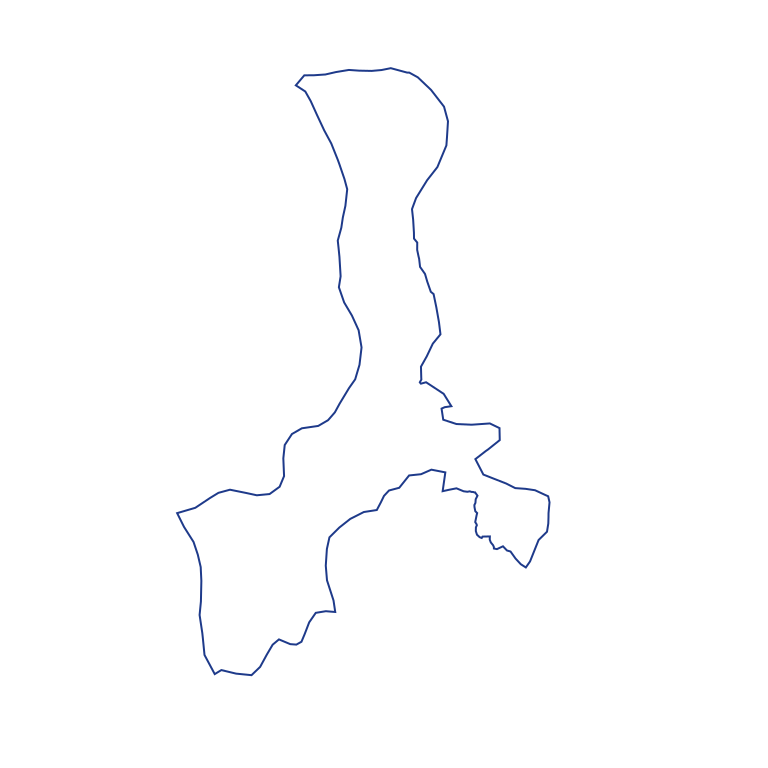 Ughelli North, Delta, Nigeria (Robinson projection), rotated 189°
{"feature_id": "59680162B70966513794539", "entity_name": "Ughelli North", "entity_type": "district", "adm_level": 2, "iso_a3": "NGA", "parent_name": "Nigeria", "parent_adm1": "Delta", "projection": "robinson", "projection_center": [6.018, 5.482], "detail": "fine", "context": "isolated", "style": "outline", "palette": "blue", "viewbox_px": 768, "rotation_deg": 189, "n_neighbors": 0, "source": "geoboundaries", "source_scale": "gbopen_adm2", "svg_char_len": 2751}
<svg xmlns="http://www.w3.org/2000/svg" viewBox="0 0 768 768"><g transform="rotate(189 384 384)"><path d="M426.7,697.0L435.6,693.7L445.2,691.3L457.6,689.6L467.8,688.7L480.2,684.6L490.4,680.5L492.7,680.0L501.4,678.0L511.0,676.4L517.8,665.2L507.5,660.6L500.6,651.9L492.3,639.3L482.7,625.1L473.7,613.3L464.6,598.0L462.5,594.2L455.1,580.2L450.8,570.6L450.0,553.9L450.7,542.0L450.6,531.7L452.1,518.4L450.2,511.4L447.9,502.6L443.7,483.6L443.7,472.5L436.1,458.3L426.4,446.6L420.3,437.4L418.2,434.2L417.5,433.2L411.9,416.6L411.2,399.1L412.0,393.2L413.2,384.1L417.9,374.5L424.7,357.8L428.1,348.3L432.2,341.7L433.6,339.5L442.4,332.3L458.2,327.4L467.1,320.2L472.5,308.2L471.8,294.8L468.3,277.4L471.0,266.2L479.8,257.4L489.1,255.0L492.2,254.2L503.1,254.8L519.6,255.5L524.5,253.3L530.5,250.6L538.0,244.2L551.0,232.2L568.1,224.1L561.9,215.4L559.1,211.5L547.4,198.2L541.2,186.3L536.4,174.5L533.6,161.0L530.8,140.5L530.0,127.0L524.5,109.6L523.1,104.4L518.9,88.3L505.8,71.0L499.9,76.0L484.8,74.8L469.3,75.7L462.1,85.2L457.4,98.4L453.2,109.1L447.8,115.3L435.9,112.4L429.8,112.9L425.2,116.5L423.2,124.7L420.6,136.9L415.6,147.3L405.9,150.5L401.6,150.8L396.5,151.2L400.0,162.3L409.6,181.2L413.1,195.5L414.6,212.1L414.5,213.8L413.9,224.0L405.7,235.2L396.2,245.5L391.2,249.1L383.9,254.4L371.4,258.4L368.6,266.6L366.5,273.5L362.4,279.6L352.7,283.9L344.9,297.6L333.3,300.7L323.8,306.8L309.6,306.3L309.3,287.3L303.2,289.7L296.1,292.3L288.6,290.5L284.8,290.6L282.5,291.4L280.7,291.1L279.0,291.3L277.6,291.0L277.1,291.2L274.2,288.3L275.4,284.5L275.1,280.9L275.8,278.6L275.4,276.7L274.8,275.0L273.9,272.6L272.9,271.9L271.8,271.1L272.0,269.1L272.3,261.9L270.6,259.9L270.2,259.0L270.8,256.8L270.3,253.1L268.6,249.7L265.6,247.7L263.4,247.2L262.8,248.7L255.6,250.0L255.2,246.8L253.7,244.2L251.0,241.8L250.0,240.2L249.7,238.7L246.6,238.6L241.1,242.3L236.5,238.8L233.2,238.4L232.8,238.3L226.8,232.2L220.7,227.4L215.2,225.0L212.0,231.6L206.9,254.1L199.9,263.6L199.9,271.9L200.7,278.2L201.3,282.2L202.0,293.0L204.3,298.8L207.3,299.6L218.2,302.7L227.8,302.6L238.1,301.7L247.7,304.8L261.4,307.8L271.7,310.1L282.0,324.1L273.1,333.6L271.1,335.5L260.9,346.7L262.7,356.7L263.0,358.5L273.3,361.6L288.0,358.2L291.1,357.5L306.2,355.8L319.9,358.0L323.3,368.7L320.4,370.6L314.0,372.6L323.5,383.6L342.7,392.3L347.6,390.1L347.9,390.3L348.9,391.3L347.8,394.2L348.2,396.1L350.2,406.9L346.1,418.0L342.1,431.5L336.0,441.9L339.4,453.7L344.3,467.9L349.1,480.6L352.2,482.4L357.3,491.9L360.7,499.1L366.7,505.3L368.9,513.2L369.8,515.3L372.2,521.6L373.3,528.9L377.1,532.3L378.1,538.1L380.9,550.8L383.7,561.1L381.4,572.7L373.3,592.0L365.2,606.6L359.7,629.4L360.4,637.7L361.9,653.5L368.1,667.3L383.5,681.8L398.6,692.2L407.7,695.5L410.0,695.2L426.7,697.0Z" fill="none" stroke="#1e3a8a" stroke-width="2"/></g></svg>